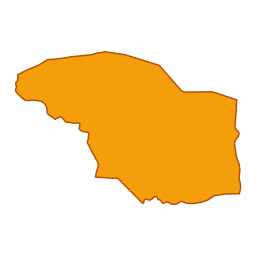 Caridad, Valle, Honduras (Albers equal-area conic projection)
{"feature_id": "27666195B77015637320307", "entity_name": "Caridad", "entity_type": "district", "adm_level": 2, "iso_a3": "HND", "parent_name": "Honduras", "parent_adm1": "Valle", "projection": "albers", "projection_center": [-87.706, 13.817], "detail": "fine", "context": "isolated", "style": "filled", "palette": "amber", "viewbox_px": 256, "rotation_deg": 0, "n_neighbors": 0, "source": "geoboundaries", "source_scale": "gbopen_adm2", "svg_char_len": 5336}
<svg xmlns="http://www.w3.org/2000/svg" viewBox="0 0 256 256"><path d="M236.7,99.9L212.5,91.8L183.8,92.1L180.8,90.1L159.3,65.4L125.3,54.8L105.2,51.8L95.7,53.4L92.3,54.6L82.0,55.7L72.9,56.6L69.2,57.1L62.9,58.2L54.2,59.2L47.6,59.6L38.4,65.3L31.3,68.2L25.9,70.5L17.7,74.8L17.8,75.3L17.9,75.8L18.0,76.4L18.0,76.9L18.0,77.2L18.0,77.9L17.9,78.9L17.7,79.6L17.6,80.1L17.5,80.5L17.4,80.9L17.3,81.0L17.2,81.1L17.1,81.3L16.9,81.4L16.7,81.6L16.4,82.0L16.2,82.2L16.0,82.6L15.9,82.8L15.8,83.0L15.8,83.4L15.8,83.6L15.8,83.8L15.8,84.0L15.9,84.3L15.9,84.5L16.1,84.8L16.1,85.1L16.2,85.4L16.2,86.0L16.3,86.5L16.3,87.4L16.3,87.5L15.8,88.9L15.4,90.3L16.1,91.6L16.5,92.5L17.0,93.0L19.0,94.9L20.8,96.8L21.2,97.2L21.6,97.6L22.7,98.4L23.3,98.9L24.0,99.3L24.5,99.7L25.1,100.1L25.4,100.2L25.6,100.3L25.9,100.4L26.2,100.5L26.7,100.5L27.2,100.5L27.8,100.5L28.6,100.5L29.8,100.3L30.3,100.3L30.6,100.3L32.4,100.3L34.5,100.3L35.8,100.3L36.2,100.4L36.5,100.4L39.5,101.0L41.5,101.4L42.1,101.6L42.3,101.7L43.0,102.3L43.4,102.7L44.3,103.5L45.3,104.6L45.7,105.1L45.8,105.2L45.9,105.4L46.0,105.7L46.4,106.9L46.9,108.6L47.0,109.3L47.1,109.6L47.1,109.9L47.1,110.9L47.1,111.4L47.2,111.9L47.3,112.7L47.4,113.3L47.4,113.5L47.5,113.6L47.6,113.8L48.2,114.3L48.9,114.8L49.5,115.3L50.4,115.9L51.4,116.5L52.7,117.3L53.0,117.5L53.3,117.8L53.7,118.3L54.1,118.6L54.3,118.8L54.5,118.9L54.8,119.1L55.1,119.3L55.3,119.3L55.5,119.2L55.6,118.9L55.8,118.7L57.4,118.1L58.5,117.8L58.7,117.7L58.9,117.6L59.2,117.2L59.5,117.1L59.9,116.8L60.2,116.8L60.5,116.7L61.0,116.7L61.1,116.8L61.4,116.9L61.4,117.0L61.7,117.3L62.2,117.8L62.6,118.3L63.7,119.6L64.3,120.2L64.4,120.3L64.5,120.6L64.7,120.9L64.9,121.1L65.1,121.4L65.4,121.6L65.7,121.8L66.0,122.0L66.5,122.2L66.9,122.3L67.2,122.4L67.5,122.4L67.9,122.3L68.4,122.2L68.7,122.2L68.8,122.2L69.4,122.4L70.4,122.6L70.7,122.7L72.4,123.0L73.1,123.1L73.5,123.1L74.6,123.2L75.1,123.2L75.5,123.1L76.0,123.1L76.6,123.0L77.2,122.9L77.7,122.9L78.0,122.9L78.4,123.0L78.9,123.1L79.1,123.1L79.4,123.3L79.5,123.4L79.6,123.5L79.7,123.8L79.8,124.0L79.8,124.7L79.8,125.0L79.7,125.5L79.6,126.3L79.5,126.8L79.3,127.4L79.2,127.8L79.2,128.1L79.2,128.4L79.2,128.7L79.3,129.0L79.4,129.3L79.5,129.4L79.6,129.6L79.9,129.8L80.3,130.1L81.0,130.6L82.0,131.2L82.5,131.4L83.1,131.7L83.5,131.8L84.6,131.9L86.0,132.0L87.0,132.1L87.6,132.2L87.7,132.3L87.9,132.4L88.1,132.5L88.3,132.8L88.4,133.0L88.5,133.1L88.6,133.4L88.7,133.6L88.7,134.0L88.8,134.4L88.8,134.8L88.7,135.1L88.7,135.4L88.5,136.2L88.4,136.6L88.4,137.0L88.4,137.9L88.4,138.3L88.3,138.6L88.3,138.8L88.2,139.1L87.9,139.9L87.7,140.3L87.6,140.9L87.5,141.4L87.4,142.0L87.4,142.6L87.5,143.0L87.5,143.3L87.7,143.6L87.8,143.9L88.0,144.1L88.4,144.5L88.5,144.6L88.7,144.8L88.9,145.3L89.0,145.6L89.2,146.0L89.4,146.8L89.6,147.3L90.2,148.5L91.0,149.9L91.3,150.4L91.8,151.5L92.3,152.7L92.7,153.4L92.9,153.8L93.1,154.2L93.3,154.4L93.9,155.2L94.2,155.6L94.3,155.8L94.6,156.3L94.7,156.6L94.9,156.9L95.3,157.8L95.4,158.1L95.7,158.6L96.0,159.1L96.5,159.8L96.7,160.1L97.1,160.7L97.2,161.0L97.5,161.5L97.7,162.1L97.9,162.9L98.0,163.2L98.2,163.7L98.2,164.1L98.3,164.6L98.3,165.0L98.3,165.3L98.3,165.6L98.3,165.9L98.2,166.3L98.0,166.8L97.8,167.5L97.4,168.7L97.2,169.5L96.5,171.8L96.3,172.7L96.1,173.2L96.0,174.0L95.6,176.1L95.4,177.1L118.0,178.5L139.3,199.8L140.0,200.7L140.9,201.8L141.6,202.4L141.8,202.6L142.2,202.9L142.4,203.0L142.5,203.1L142.8,203.1L143.0,203.1L143.3,203.0L143.5,202.9L143.6,202.6L143.8,202.3L143.8,202.2L143.9,201.9L143.9,201.5L143.9,201.3L143.9,201.1L144.0,200.9L144.1,200.5L144.3,200.2L144.5,199.9L144.8,199.6L145.1,199.4L145.4,199.3L145.6,199.2L145.9,199.2L146.0,199.2L146.3,199.2L146.6,199.3L147.0,199.4L147.3,199.4L147.5,199.5L147.8,199.6L148.3,199.9L148.5,200.0L149.0,200.1L149.3,200.1L149.7,200.0L150.0,200.0L150.5,199.8L150.8,199.7L151.1,199.5L151.6,199.2L152.1,198.9L152.4,198.6L152.6,198.5L152.8,198.3L152.9,198.1L153.0,197.8L153.0,197.7L154.0,197.2L155.8,196.6L156.1,196.5L156.4,196.5L156.5,196.5L156.9,196.7L157.0,196.8L157.2,197.1L157.3,197.2L157.3,197.3L157.5,197.9L157.6,198.3L157.7,198.7L157.8,199.1L157.9,199.4L158.0,199.5L159.8,199.9L160.0,200.0L160.5,200.5L161.0,201.0L161.4,201.5L161.6,201.8L162.0,202.4L162.3,202.7L162.4,202.9L162.6,203.0L162.8,203.2L163.0,203.3L163.4,203.2L163.6,203.2L164.1,203.0L164.4,202.8L165.3,202.4L165.6,202.3L165.9,202.2L166.2,202.1L166.6,202.1L166.8,202.1L167.2,202.1L167.4,202.1L167.9,202.2L168.2,202.3L168.6,202.4L168.9,202.6L169.2,202.8L170.0,203.3L170.4,203.5L170.8,203.7L171.1,203.9L171.4,204.0L171.6,204.1L172.0,204.1L172.5,204.2L173.6,204.2L174.2,204.2L175.2,204.1L175.9,204.1L176.4,204.0L176.6,203.9L177.4,203.5L177.8,203.3L178.4,203.0L178.9,202.7L179.2,202.4L179.4,202.2L179.6,202.1L179.9,201.8L180.2,201.7L180.5,201.6L180.8,201.6L181.2,201.5L181.5,201.5L182.0,201.6L182.5,201.7L183.2,201.9L183.8,202.1L184.1,202.2L184.8,202.5L187.3,203.3L189.5,203.5L192.6,203.5L196.1,203.1L198.7,202.7L201.7,202.1L204.9,201.0L208.3,199.8L211.8,197.3L214.0,195.7L225.6,194.0L239.4,193.7L239.4,193.4L240.1,190.5L240.4,188.6L240.6,186.8L240.5,184.6L239.5,180.4L239.1,177.3L239.9,169.8L239.0,163.7L237.6,160.6L236.5,156.9L235.9,152.9L234.8,146.2L234.5,142.6L235.3,140.3L236.2,139.2L238.0,136.9L238.8,134.9L238.9,132.6L238.0,131.3L236.8,130.2L235.1,128.3L235.0,125.7L235.5,119.7L235.7,114.9L236.2,111.2L236.6,100.1L236.7,99.9Z" fill="#f59e0b" stroke="#b45309" stroke-width="1.5"/></svg>